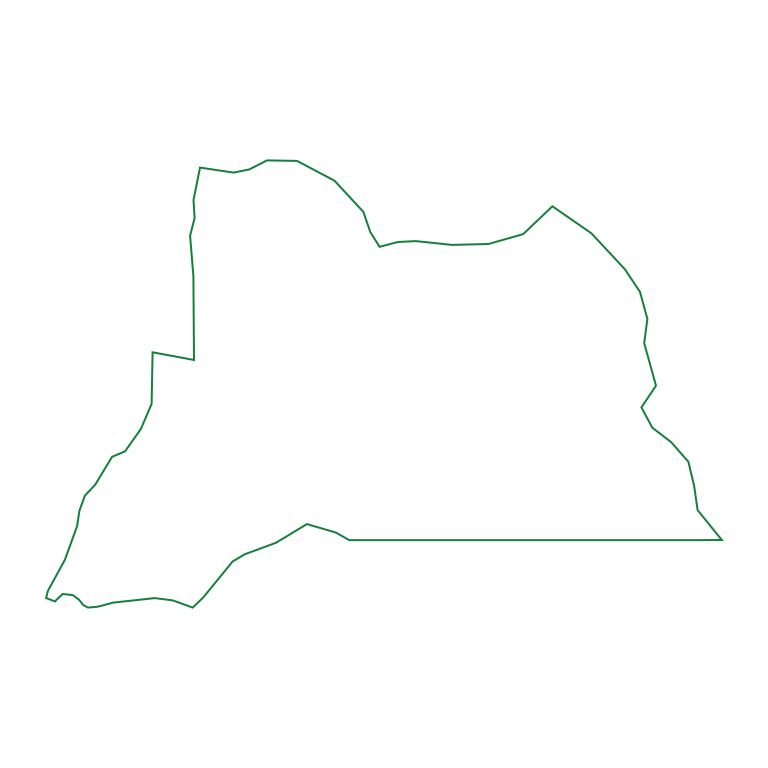 an SVG outline of Isingiro
{"feature_id": "UGA-3370", "entity_name": "Isingiro", "entity_type": "County", "adm_level": 1, "iso_a3": "UGA", "parent_name": "Uganda", "parent_adm1": "", "projection": "natural_earth1", "projection_center": [30.796, -0.839], "detail": "fine", "context": "isolated", "style": "outline", "palette": "green", "viewbox_px": 768, "rotation_deg": 0, "n_neighbors": 0, "source": "natural_earth", "source_scale": "10m", "svg_char_len": 939}
<svg xmlns="http://www.w3.org/2000/svg" viewBox="0 0 768 768"><path d="M55.1,601.4L46.1,598.1L47.9,590.9L64.9,559.8L77.1,526.1L79.4,510.8L84.9,495.7L95.4,484.4L112.1,456.8L125.1,451.3L141.0,428.7L151.6,404.0L152.6,352.3L194.0,360.0L193.4,276.5L190.1,235.7L194.6,218.0L193.5,200.1L200.0,167.6L233.7,172.6L249.4,169.4L266.9,160.4L297.0,160.9L334.5,180.7L363.4,211.9L370.3,232.1L379.6,246.8L397.8,242.0L415.7,241.1L452.0,244.9L488.4,244.0L523.2,234.1L552.4,206.3L591.5,233.4L624.9,269.3L640.0,291.9L647.4,319.0L644.2,343.1L656.0,385.7L641.4,407.4L652.4,427.8L671.2,442.2L688.4,461.8L694.2,486.2L697.6,510.1L713.3,529.5L721.8,540.0L704.3,540.1L553.4,540.1L402.4,540.1L349.1,540.1L336.0,532.6L306.9,524.1L275.9,542.8L244.6,554.3L232.6,561.5L203.2,597.5L192.7,607.6L172.8,600.4L154.8,598.1L113.3,602.6L97.9,606.7L88.0,607.6L83.3,605.1L79.1,599.8L72.9,595.1L62.7,594.0L56.1,600.2L55.1,601.4Z" fill="none" stroke="#15803d" stroke-width="2"/></svg>